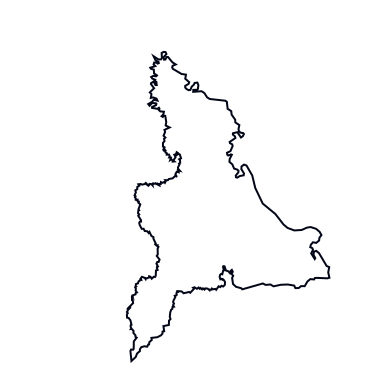 Selaphum, Roi Et, Thailand, rotated 162°
{"feature_id": "78962969B97010447332872", "entity_name": "Selaphum", "entity_type": "district", "adm_level": 2, "iso_a3": "THA", "parent_name": "Thailand", "parent_adm1": "Roi Et", "projection": "robinson", "projection_center": [104.072, 16.013], "detail": "fine", "context": "isolated", "style": "outline", "palette": "ink", "viewbox_px": 384, "rotation_deg": 162, "n_neighbors": 0, "source": "geoboundaries", "source_scale": "gbopen_adm2", "svg_char_len": 6016}
<svg xmlns="http://www.w3.org/2000/svg" viewBox="0 0 384 384"><g transform="rotate(162 192 192)"><path d="M180.4,327.7L183.0,328.5L186.6,333.0L186.0,328.5L183.6,326.0L183.8,324.8L185.1,324.8L185.5,325.8L188.0,326.8L189.1,325.2L188.0,323.1L193.3,323.1L193.1,322.0L190.5,320.2L191.4,316.5L189.3,313.7L190.4,313.1L192.9,314.4L195.3,314.0L194.7,312.1L192.2,310.0L193.1,308.4L191.9,307.7L192.5,304.6L193.7,305.0L194.4,309.0L197.4,308.1L197.7,307.4L196.0,302.4L201.3,299.8L200.3,297.6L202.1,294.2L199.8,294.0L196.9,291.8L196.6,289.6L199.9,291.5L202.1,290.1L206.5,289.2L205.7,287.1L202.4,289.0L198.9,287.5L198.6,286.8L199.4,285.7L203.7,285.2L204.0,284.3L199.2,281.8L197.4,282.3L197.2,281.2L198.2,280.2L197.3,278.5L193.9,277.0L195.3,274.6L197.5,273.5L196.6,272.4L195.5,273.5L193.9,272.6L194.9,266.4L196.5,263.4L193.3,260.3L199.0,259.6L199.0,257.4L201.7,254.3L200.5,252.0L202.2,251.2L202.4,248.9L204.4,247.7L205.6,244.2L204.3,243.0L206.2,241.2L206.1,240.1L205.6,239.7L204.8,240.9L204.3,239.4L205.0,239.0L205.0,237.7L203.9,236.5L204.5,235.3L202.3,234.7L202.1,233.0L203.1,231.9L201.4,231.2L202.8,229.2L201.5,229.6L200.8,228.0L201.1,226.9L199.3,226.5L200.0,227.7L196.8,230.3L197.3,232.9L196.1,232.9L196.3,231.8L194.8,232.0L195.2,233.4L194.3,234.6L193.3,233.4L193.8,232.3L193.0,232.5L192.0,231.4L192.0,227.4L194.1,227.1L193.6,226.1L194.2,223.4L195.6,223.0L195.4,222.0L197.7,219.8L198.0,218.3L197.0,216.0L198.5,217.0L198.6,214.9L200.2,216.0L202.3,214.1L201.7,210.9L202.8,212.6L206.2,211.0L210.1,211.5L211.3,210.7L213.7,211.5L213.4,210.6L214.9,209.1L215.3,210.2L217.1,209.8L218.5,211.0L219.3,209.2L220.9,209.8L221.0,208.3L222.5,209.8L222.4,210.7L223.6,210.7L223.9,211.6L225.7,211.5L226.4,212.3L227.4,211.7L227.5,210.6L228.2,212.1L229.7,212.8L231.2,212.3L230.9,211.7L231.6,211.4L233.1,213.6L232.6,213.9L233.1,214.9L234.6,214.2L237.1,214.4L238.3,215.5L240.6,215.9L240.1,214.3L242.5,213.7L243.2,211.6L245.4,211.1L245.5,209.0L247.7,206.5L247.0,205.4L247.9,204.7L247.4,202.9L248.0,202.1L247.2,201.2L246.1,201.4L246.3,198.9L245.7,198.9L246.1,198.1L245.0,196.2L248.2,192.2L248.0,191.1L248.6,191.2L249.9,188.6L249.1,186.9L250.5,186.0L249.2,181.0L249.6,179.6L250.8,179.9L251.8,178.8L251.9,176.6L251.2,172.5L249.4,172.0L249.0,169.5L246.7,168.5L245.9,166.4L244.8,167.2L244.2,162.8L242.6,161.0L243.1,159.5L242.4,154.1L243.2,153.7L242.5,152.4L241.1,151.9L241.7,151.0L240.9,150.1L242.2,148.7L243.9,143.1L245.3,142.1L243.7,137.8L245.3,135.8L246.6,136.2L248.0,134.8L247.5,133.0L248.2,132.0L247.6,131.6L248.9,130.6L248.8,128.5L250.5,128.5L252.4,123.5L253.5,122.6L254.6,123.2L257.1,122.0L257.5,123.2L257.9,122.6L257.5,123.8L258.8,125.1L259.4,124.0L261.7,123.8L262.7,124.5L263.1,123.7L263.5,124.9L265.8,126.8L267.3,125.8L267.4,124.1L268.4,124.7L269.0,123.8L270.5,123.5L271.6,121.8L273.7,121.8L274.8,119.8L274.4,119.3L275.5,118.9L275.2,117.6L276.1,115.7L275.4,113.5L276.6,113.5L277.4,112.1L280.7,112.0L280.7,110.6L281.4,110.6L281.3,109.7L281.7,110.2L282.5,107.6L281.9,106.8L282.3,104.6L286.2,102.5L286.5,101.1L287.6,100.5L287.7,101.8L289.3,100.9L289.7,99.0L291.0,98.0L290.5,96.6L291.7,95.8L292.6,92.6L291.2,91.8L290.2,89.0L290.6,84.5L291.2,84.6L292.0,83.1L291.8,81.2L292.5,80.6L291.6,80.4L290.5,77.9L291.3,76.2L290.1,73.1L290.5,71.6L289.6,70.6L293.5,67.9L295.9,60.9L296.7,60.2L298.6,61.0L299.7,59.8L301.8,50.0L296.6,52.4L294.1,55.4L290.7,56.8L290.2,58.5L288.2,60.1L285.0,60.0L282.4,58.7L280.8,60.4L279.9,60.3L279.0,62.4L276.0,63.7L275.7,65.8L269.8,64.6L265.7,65.3L263.8,66.5L263.1,68.4L261.5,68.2L260.6,73.3L255.1,72.7L253.6,76.8L251.7,77.8L251.7,80.2L249.8,84.4L248.1,86.5L246.8,87.0L246.0,88.7L244.6,88.5L245.0,90.2L243.6,91.5L244.0,92.9L243.4,94.2L240.2,97.4L240.5,98.6L238.3,98.9L238.0,100.6L237.4,101.5L236.3,101.3L236.3,102.2L232.5,100.6L231.3,98.3L225.6,97.8L224.8,96.7L219.9,99.4L220.5,100.6L219.0,100.6L217.2,98.4L215.2,99.1L214.7,97.7L213.5,98.1L213.1,96.9L211.8,97.0L212.0,96.2L210.2,96.2L210.1,95.4L208.6,96.1L206.9,95.2L205.6,93.0L205.0,93.7L203.7,93.1L202.9,94.0L202.2,93.0L199.7,92.6L199.2,91.5L195.8,94.1L194.5,92.8L192.9,93.7L191.6,92.5L189.6,93.4L188.4,96.0L188.9,98.4L189.9,99.2L189.5,100.6L190.4,99.5L190.9,100.3L192.0,100.2L192.0,102.5L191.0,104.4L189.6,105.1L188.6,104.4L186.6,107.7L185.5,107.6L185.8,110.0L185.4,111.6L184.7,111.7L184.0,111.2L184.0,106.9L181.9,105.3L180.8,102.6L180.3,102.6L179.6,105.0L178.2,105.6L177.9,103.5L179.7,101.9L178.7,99.6L180.4,97.9L181.4,91.8L179.4,88.2L174.8,85.2L174.3,83.9L152.9,83.1L150.7,80.9L146.0,79.8L143.6,77.1L136.1,76.3L129.4,74.4L123.7,71.4L123.4,68.7L120.2,67.7L117.3,68.8L113.9,67.6L109.9,71.2L106.4,72.6L102.9,71.1L101.8,72.2L100.2,71.9L90.0,68.1L87.8,68.0L87.3,73.4L84.7,78.2L86.8,80.0L90.1,94.6L92.1,97.7L94.4,97.5L95.9,94.8L95.2,91.0L96.0,90.3L97.6,96.8L94.8,99.6L94.9,101.4L96.6,103.0L95.2,105.2L92.4,106.8L89.6,105.2L86.1,106.6L84.9,109.2L82.2,111.0L82.9,114.6L85.3,118.6L90.0,122.0L93.6,122.6L99.4,122.0L106.5,123.8L112.2,128.3L115.0,132.8L119.5,145.3L128.3,159.1L130.6,176.3L129.6,189.1L132.0,200.4L134.1,202.0L137.0,201.0L138.0,198.5L136.8,193.6L137.7,191.9L141.4,192.4L144.6,191.7L145.6,192.4L145.3,194.1L141.9,196.3L141.2,197.8L142.1,199.4L144.7,201.2L145.1,205.8L147.1,209.1L146.0,211.7L142.6,215.1L143.3,215.7L146.3,215.5L146.9,216.5L146.6,218.5L142.8,219.0L139.1,223.2L139.0,224.9L140.8,226.7L140.7,228.0L134.1,229.9L133.9,231.5L135.4,234.0L134.9,235.2L130.4,234.9L128.6,228.7L126.5,229.3L124.7,231.1L125.1,232.2L127.6,233.5L128.5,235.4L128.4,237.3L126.3,241.0L129.3,244.8L128.6,247.5L130.4,253.3L129.7,256.8L132.4,260.1L131.0,267.1L132.1,268.5L146.4,275.0L148.4,277.4L149.7,282.4L151.8,284.9L159.9,286.9L159.2,288.7L155.9,287.7L154.6,288.1L152.9,291.7L153.1,294.4L155.8,294.9L157.1,293.5L159.7,292.3L162.0,289.6L163.8,289.9L165.5,291.8L166.2,293.5L165.7,295.0L161.8,295.9L160.7,297.3L163.4,301.8L161.5,305.5L165.5,307.5L172.2,315.1L172.3,316.8L171.4,318.0L168.0,318.3L170.5,321.3L173.1,327.8L174.5,328.2L176.4,326.2L177.7,326.5L177.4,329.0L173.7,331.1L173.9,333.2L175.6,334.0L177.9,333.6L179.2,328.8L180.4,327.7Z" fill="none" stroke="#020617" stroke-width="2"/></g></svg>